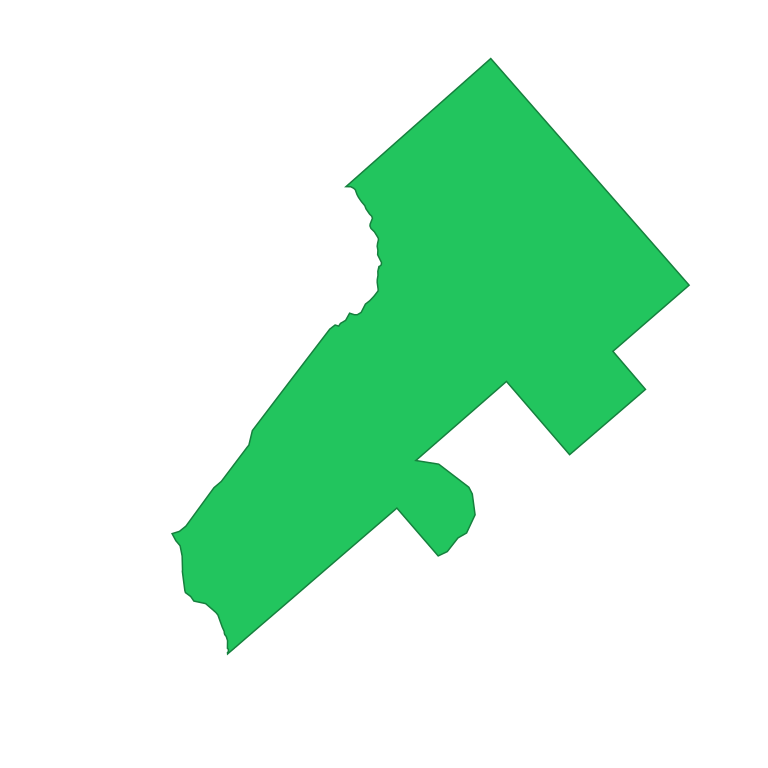 Lake of the Woods, Minnesota, United States of America, rotated 229°
{"feature_id": "52423323B31112987754605", "entity_name": "Lake of the Woods", "entity_type": "district", "adm_level": 2, "iso_a3": "USA", "parent_name": "United States of America", "parent_adm1": "Minnesota", "projection": "albers", "projection_center": [-94.86, 48.875], "detail": "fine", "context": "isolated", "style": "filled", "palette": "green", "viewbox_px": 768, "rotation_deg": 229, "n_neighbors": 0, "source": "geoboundaries", "source_scale": "gbopen_adm2", "svg_char_len": 1451}
<svg xmlns="http://www.w3.org/2000/svg" viewBox="0 0 768 768"><g transform="rotate(229 384 384)"><path d="M559.6,678.1L557.9,484.8L554.7,488.3L551.7,489.5L549.5,489.8L544.9,488.0L541.6,487.2L536.4,486.6L531.2,486.5L527.9,485.3L521.8,484.6L518.6,484.8L516.6,483.9L513.8,478.5L512.5,477.1L509.9,476.2L505.1,476.6L497.9,475.4L496.4,474.3L494.5,471.6L492.4,469.2L488.9,467.1L485.7,464.0L477.3,461.8L475.7,460.1L475.7,457.3L475.2,456.7L475.6,456.7L473.1,453.3L469.9,450.7L467.2,447.4L465.1,445.5L459.3,441.7L458.1,440.5L456.8,433.9L456.2,427.9L456.5,422.4L453.0,413.7L453.8,409.3L455.7,407.1L460.0,404.5L457.2,396.8L458.3,391.0L458.3,390.8L457.4,387.8L460.6,385.8L461.0,379.4L461.0,379.1L447.2,311.9L435.2,254.1L426.5,241.9L426.1,239.4L417.2,197.3L417.3,187.7L406.7,141.3L407.0,132.9L410.1,125.9L402.3,124.1L395.7,124.0L386.6,118.8L375.8,109.9L374.9,108.9L358.8,98.2L356.8,97.3L350.4,98.7L344.9,98.1L335.3,105.3L322.0,107.2L318.6,107.1L306.8,102.5L301.9,101.0L301.0,100.2L299.4,99.4L297.0,99.3L293.0,97.6L287.2,92.4L285.9,92.5L284.2,91.1L284.0,89.7L282.9,88.9L282.9,89.7L282.8,97.8L282.9,98.6L282.8,99.6L282.8,106.3L282.8,112.5L282.7,132.4L282.7,132.9L282.7,133.3L282.7,134.5L282.5,166.8L282.4,204.5L281.9,312.3L218.7,312.1L216.0,321.8L219.3,338.9L217.4,348.6L225.5,366.9L243.1,378.5L250.4,380.3L287.6,372.7L305.4,357.8L305.6,478.1L208.9,477.7L208.4,577.8L258.5,578.2L258.4,679.1L559.6,678.1Z" fill="#22c55e" stroke="#15803d" stroke-width="1.5"/></g></svg>